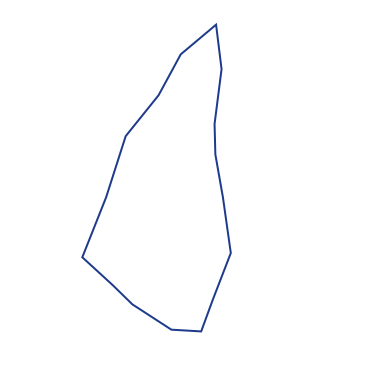 SVG path tracing the border of Andorra la Vella, rotated 320°
{"feature_id": "AND-4876", "entity_name": "Andorra la Vella", "entity_type": "state/province", "adm_level": 1, "iso_a3": "AND", "parent_name": "Andorra", "parent_adm1": "", "projection": "natural_earth1", "projection_center": [1.52, 42.514], "detail": "fine", "context": "isolated", "style": "outline", "palette": "blue", "viewbox_px": 384, "rotation_deg": 320, "n_neighbors": 0, "source": "natural_earth", "source_scale": "10m", "svg_char_len": 362}
<svg xmlns="http://www.w3.org/2000/svg" viewBox="0 0 384 384"><g transform="rotate(320 192 192)"><path d="M318.0,79.3L293.6,116.9L253.0,154.4L234.0,178.3L212.3,215.9L182.5,263.7L139.2,287.6L109.4,304.7L87.7,284.2L74.1,239.8L71.4,212.5L66.0,171.5L122.9,140.8L177.1,106.6L228.6,96.4L271.9,79.3L318.0,79.3Z" fill="none" stroke="#1e3a8a" stroke-width="2"/></g></svg>